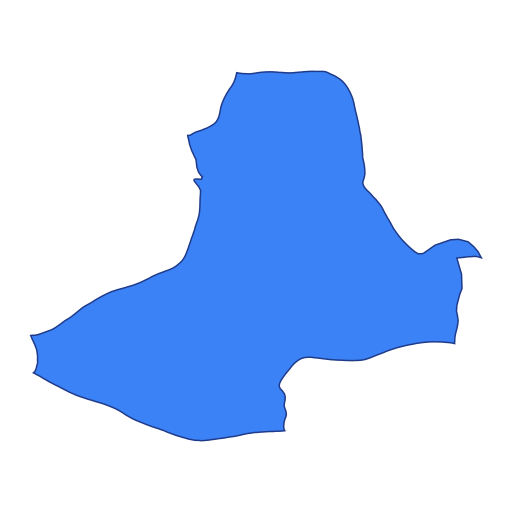 Ghayl bin Yamin, Hadramawt, Yemen (Mercator projection)
{"feature_id": "15242507B14142255130537", "entity_name": "Ghayl bin Yamin", "entity_type": "district", "adm_level": 2, "iso_a3": "YEM", "parent_name": "Yemen", "parent_adm1": "Hadramawt", "projection": "mercator", "projection_center": [49.287, 15.382], "detail": "fine", "context": "isolated", "style": "filled", "palette": "blue", "viewbox_px": 512, "rotation_deg": 0, "n_neighbors": 0, "source": "geoboundaries", "source_scale": "gbopen_adm2", "svg_char_len": 5944}
<svg xmlns="http://www.w3.org/2000/svg" viewBox="0 0 512 512"><path d="M454.6,343.6L454.7,342.0L454.8,338.8L455.1,336.0L455.5,334.1L455.7,333.0L456.5,330.0L457.2,327.1L457.4,326.0L457.8,323.8L458.1,320.4L457.7,317.5L457.2,314.3L456.5,311.6L456.5,311.4L456.8,305.5L459.6,294.8L462.0,288.4L461.5,274.1L456.8,258.0L460.0,257.7L463.8,257.3L467.4,256.8L469.6,256.7L470.5,256.7L474.2,256.4L477.3,256.6L480.0,257.4L481.3,257.8L478.0,251.6L473.8,246.7L468.1,241.8L458.6,239.3L450.6,239.8L435.0,245.2L423.2,253.5L418.5,253.9L418.4,253.8L415.8,252.4L414.7,251.6L413.5,250.7L410.6,248.2L408.8,246.6L407.0,244.9L406.7,244.6L404.8,242.6L402.6,240.4L401.8,239.5L400.5,238.0L398.8,235.9L396.8,233.2L395.8,231.8L395.1,230.8L393.5,228.5L392.0,225.7L390.6,223.1L388.9,220.1L387.4,217.8L386.1,215.2L384.7,212.8L383.3,210.0L383.1,209.5L381.2,206.2L379.5,203.9L377.9,202.0L376.0,199.6L375.3,198.9L373.2,196.8L371.3,194.6L369.4,192.6L367.1,190.4L366.6,189.9L365.3,188.4L363.6,185.8L363.2,184.5L362.7,182.7L364.3,177.0L364.4,176.7L364.9,173.9L364.8,170.8L364.7,168.8L364.6,167.6L364.1,164.0L363.4,160.8L362.6,157.1L362.6,154.6L362.5,153.2L362.2,149.4L361.9,145.3L361.5,141.8L361.2,139.2L361.1,138.1L360.7,134.8L359.9,131.7L359.5,128.7L359.5,128.4L358.8,125.4L358.3,122.8L358.2,122.3L357.2,118.1L356.4,114.4L355.6,111.5L355.1,109.0L354.8,107.6L354.2,104.9L353.7,102.2L352.7,98.6L351.3,95.1L349.7,91.6L348.0,88.5L346.4,86.0L344.5,83.5L342.3,81.1L339.7,79.0L338.0,77.9L336.6,77.0L334.1,75.6L330.9,74.2L328.7,73.1L327.9,72.7L325.4,71.7L322.7,71.4L319.5,71.4L316.5,71.4L314.0,71.4L313.0,71.3L309.6,71.4L306.1,71.6L302.6,71.9L300.8,72.1L299.2,72.2L296.8,72.4L295.5,72.5L291.9,72.9L288.9,72.9L286.1,72.8L282.2,72.5L279.5,72.4L276.2,72.1L274.4,72.0L272.7,71.9L269.5,71.8L268.4,71.9L266.5,71.9L263.2,72.1L260.2,72.4L257.5,72.8L254.3,73.3L253.0,73.5L249.5,73.9L247.2,73.8L246.0,73.7L242.9,73.6L239.7,73.2L236.7,72.7L236.0,75.9L235.1,79.0L234.0,81.8L232.7,84.4L231.3,86.7L229.4,89.2L228.3,91.0L227.2,92.7L225.6,95.6L224.2,98.3L223.0,101.0L221.7,104.4L220.8,107.4L220.3,110.1L220.0,112.0L219.7,113.4L218.9,116.5L217.8,119.1L216.4,121.6L214.2,123.8L211.6,125.5L209.0,127.0L206.3,128.3L206.0,128.4L203.6,129.3L202.3,129.9L200.7,130.5L197.8,131.4L195.2,132.3L192.7,133.7L190.0,135.3L187.7,135.4L188.0,137.2L188.8,140.5L189.6,144.4L190.8,147.9L191.8,150.8L193.2,153.7L194.6,156.8L196.0,159.6L196.3,162.5L196.9,167.3L198.6,172.2L200.8,175.4L201.1,175.7L202.1,176.4L202.4,176.6L202.4,176.8L202.0,176.8L201.9,177.2L201.7,178.2L201.5,179.3L197.0,179.0L195.1,179.1L194.1,179.5L194.0,180.1L194.3,181.1L195.3,182.4L198.8,186.8L200.6,190.5L200.4,194.4L200.1,198.6L199.9,207.0L199.8,207.9L199.6,210.8L199.2,213.9L199.2,214.3L198.4,217.3L198.0,219.0L197.6,220.3L196.8,222.3L196.4,223.6L196.0,224.8L195.3,226.7L194.6,229.7L194.0,231.3L193.6,232.4L192.5,235.8L191.4,238.5L190.2,242.4L189.0,245.8L188.1,248.5L185.6,255.0L184.9,256.3L183.6,258.7L181.6,261.3L179.1,263.6L176.2,266.0L173.6,267.7L170.9,269.0L168.0,270.2L164.9,271.3L164.4,271.5L161.8,272.5L158.4,273.7L154.8,275.3L152.0,276.6L148.9,278.4L146.3,279.6L145.9,279.8L142.7,281.4L139.3,282.9L136.6,283.9L133.9,285.0L131.2,285.8L127.4,286.9L124.6,287.8L121.6,288.6L117.9,289.6L114.5,290.7L111.4,291.7L107.6,293.4L105.0,294.7L104.3,295.0L101.1,296.7L100.7,296.9L97.9,298.5L94.8,300.3L92.0,302.2L89.7,303.5L86.4,305.3L84.0,306.7L81.3,308.6L78.8,310.7L76.7,312.4L75.8,313.1L73.7,314.8L70.8,317.1L68.0,318.9L65.5,320.3L63.2,322.0L62.0,322.9L60.5,324.1L57.6,326.1L54.6,328.1L51.9,329.6L51.1,329.9L49.1,330.7L46.3,331.7L42.4,333.1L39.1,334.3L35.8,335.2L32.6,335.3L30.7,335.5L30.9,335.9L32.2,339.1L33.4,341.6L34.9,344.9L35.4,346.4L36.0,347.7L36.8,350.4L37.3,353.7L37.5,355.7L37.6,356.7L37.5,359.7L37.6,363.0L36.8,365.9L36.5,367.2L36.0,369.0L34.9,371.5L33.4,372.8L34.4,373.3L36.9,374.7L40.2,376.4L43.8,378.7L44.1,378.8L46.6,380.2L49.2,381.8L52.2,383.3L55.6,385.1L57.5,386.0L58.4,386.4L61.5,388.1L69.7,392.3L72.3,393.4L75.8,395.0L79.6,396.4L82.6,397.4L85.8,398.5L88.0,399.2L89.5,399.7L90.5,399.9L93.3,400.8L97.2,402.0L98.3,402.3L100.8,403.0L104.1,404.1L110.4,406.5L113.2,407.7L114.9,408.4L116.1,409.0L117.4,409.7L119.2,410.6L122.7,412.8L126.0,415.0L129.3,416.9L132.2,418.5L134.8,419.8L136.0,420.3L137.4,420.9L140.1,422.0L144.2,423.6L146.8,424.7L149.9,425.8L150.8,426.2L152.6,426.8L155.2,427.7L157.6,428.4L157.8,428.4L160.6,429.5L164.1,430.7L167.2,432.1L170.1,433.2L172.9,434.2L175.8,435.3L178.5,436.1L181.7,437.1L185.3,438.1L186.3,438.4L188.7,439.1L192.3,439.8L195.0,440.3L198.4,440.4L201.8,440.7L202.9,440.6L205.3,440.4L208.6,440.1L211.8,439.6L215.2,439.2L218.1,438.7L220.9,438.4L221.7,438.3L224.8,437.9L227.1,437.4L227.7,437.3L231.0,436.8L233.7,436.5L236.7,435.9L240.1,435.2L242.9,434.5L245.6,433.9L248.3,433.4L251.7,433.0L254.4,432.5L257.2,432.4L259.9,432.1L262.0,432.0L262.7,432.0L264.7,431.8L266.8,431.7L267.6,431.6L270.4,431.5L273.1,431.5L276.0,431.2L279.1,431.2L282.2,431.0L284.8,430.7L283.8,428.5L283.7,425.6L284.0,422.7L284.7,419.8L285.8,417.0L286.4,414.3L285.9,411.5L285.9,411.1L284.9,408.5L284.1,405.7L284.3,404.5L284.5,402.7L285.1,399.8L285.2,396.9L284.4,393.8L283.4,392.4L282.3,390.8L280.3,388.8L280.1,388.6L279.2,386.0L279.2,385.5L279.7,383.1L280.7,381.1L281.2,380.1L282.8,377.7L284.8,374.9L287.5,371.5L289.9,368.6L292.0,365.8L294.5,363.2L296.9,361.2L297.4,360.9L299.2,359.6L301.6,358.4L303.5,357.9L304.4,357.6L307.8,357.2L310.0,357.2L311.5,357.3L314.3,357.7L317.7,358.0L321.5,358.5L324.7,358.9L328.0,359.3L331.4,359.7L334.7,359.9L338.2,360.1L341.9,360.2L344.9,360.4L348.3,360.5L352.1,360.6L354.8,360.5L358.3,360.4L361.8,360.1L365.0,359.5L367.9,358.6L370.9,357.5L372.1,357.0L373.5,356.4L377.0,355.0L380.3,353.8L383.5,352.6L386.1,351.4L390.0,350.0L393.3,348.9L397.1,347.7L399.8,347.0L402.5,346.3L405.3,345.6L409.2,344.8L412.6,344.2L416.3,343.4L420.5,342.8L424.7,342.3L429.5,341.9L434.0,341.8L434.6,341.8L442.4,342.0L445.3,342.3L448.2,342.5L450.9,342.8L453.7,343.3L454.6,343.6Z" fill="#3b82f6" stroke="#1e3a8a" stroke-width="1.5"/></svg>